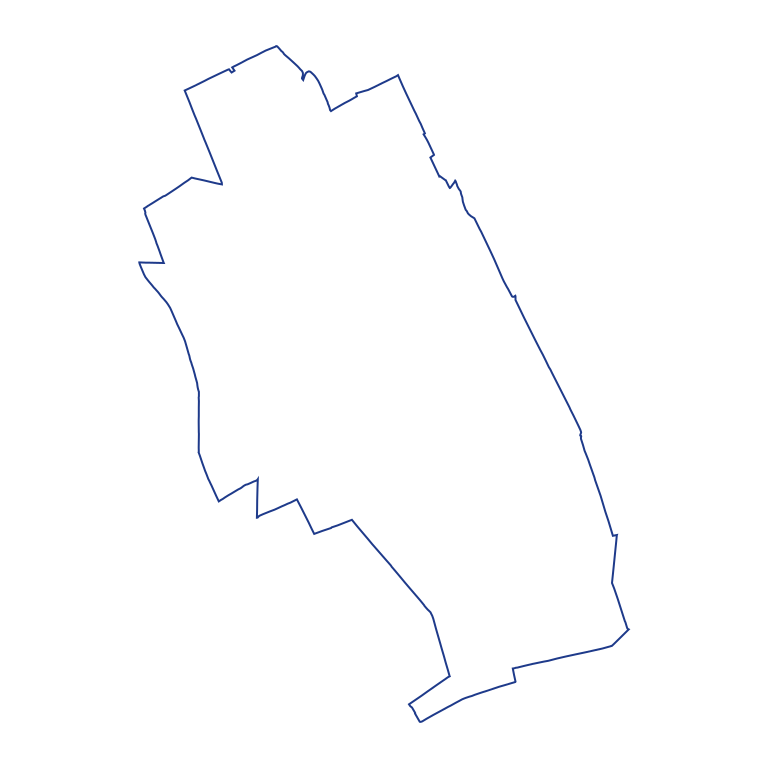 outline of Sabaoani, Neamt, Romania
{"feature_id": "2599482B80747652293453", "entity_name": "Sabaoani", "entity_type": "district", "adm_level": 2, "iso_a3": "ROU", "parent_name": "Romania", "parent_adm1": "Neamt", "projection": "orthographic", "projection_center": [26.881, 47.007], "detail": "fine", "context": "isolated", "style": "outline", "palette": "blue", "viewbox_px": 768, "rotation_deg": 0, "n_neighbors": 0, "source": "geoboundaries", "source_scale": "gbopen_adm2", "svg_char_len": 6010}
<svg xmlns="http://www.w3.org/2000/svg" viewBox="0 0 768 768"><path d="M628.7,629.4L628.3,629.2L627.4,628.5L626.9,627.2L626.3,625.2L625.4,622.2L624.9,621.3L617.8,599.1L614.1,588.3L612.0,583.0L613.6,567.5L616.2,541.8L616.8,535.3L616.9,535.0L612.9,535.8L608.5,521.2L605.4,511.9L600.6,495.8L595.1,480.1L594.6,478.1L594.0,476.2L593.5,474.9L591.5,469.2L589.9,464.7L588.2,459.7L585.7,453.4L584.6,450.8L583.0,445.1L581.0,438.9L580.9,437.9L581.2,436.5L581.1,436.0L580.5,435.8L580.4,435.5L580.2,435.2L580.4,434.6L581.1,432.7L581.1,432.2L580.9,431.5L580.4,430.0L578.2,425.3L573.7,416.0L570.4,409.5L569.5,407.4L568.4,405.2L566.3,401.1L558.8,386.3L552.0,372.9L550.3,369.4L548.9,367.2L545.6,360.3L542.9,354.8L540.1,349.6L539.7,348.8L535.4,340.4L524.2,318.0L517.5,304.1L515.5,300.0L515.5,296.5L515.3,295.8L514.8,296.1L514.3,296.6L513.7,296.8L513.0,296.8L512.5,296.7L512.0,296.4L508.0,288.8L507.0,287.2L503.8,281.3L502.4,278.3L498.3,268.8L494.1,259.1L490.2,250.7L481.1,231.6L479.7,229.1L474.4,218.3L473.6,217.8L471.0,216.2L468.9,214.4L467.9,213.3L466.8,211.1L465.7,209.8L464.1,205.5L462.9,201.8L462.6,199.8L462.3,197.3L461.9,196.2L461.7,195.7L461.2,194.3L460.9,193.2L460.8,192.3L460.7,191.6L460.3,190.9L458.8,188.9L457.3,186.1L457.0,184.9L456.7,184.0L456.2,182.8L455.7,181.3L455.2,180.7L454.1,182.7L452.9,184.2L451.2,186.6L450.1,187.9L449.8,188.0L448.9,186.6L445.8,180.3L445.6,180.3L439.8,176.1L439.3,176.5L437.3,172.2L434.9,167.1L430.4,157.5L434.0,154.9L433.9,154.5L433.1,152.8L428.4,142.7L426.9,139.8L425.5,137.4L423.6,134.3L424.9,133.4L422.4,127.8L420.8,124.0L419.1,120.8L415.8,113.6L414.5,111.1L406.2,93.6L402.8,86.2L399.4,78.4L398.0,75.1L396.4,76.2L394.1,77.3L391.0,78.8L386.6,81.0L382.2,83.1L374.6,86.9L368.0,90.0L364.3,91.0L356.2,93.4L356.9,96.3L354.2,97.8L351.7,99.3L349.2,100.7L344.5,103.1L334.9,108.6L332.2,110.3L331.0,111.1L330.1,110.1L329.8,108.8L329.5,107.6L328.7,105.4L327.9,103.7L327.6,102.1L327.4,101.7L326.6,99.9L324.4,94.8L323.6,93.6L322.3,89.8L321.4,87.7L319.5,83.5L318.2,80.9L316.7,78.6L314.9,76.1L313.5,74.6L312.1,73.3L310.8,72.1L310.2,71.7L309.1,71.4L308.6,71.4L306.7,72.4L305.8,73.3L304.7,75.6L303.2,80.0L302.0,78.5L302.1,77.6L302.9,75.3L302.9,72.9L302.1,71.1L300.1,69.1L299.0,67.8L297.5,66.2L294.5,63.4L288.9,58.3L285.7,55.6L284.8,54.8L284.0,54.0L283.1,52.6L282.3,51.7L281.5,51.2L279.9,49.3L278.2,47.4L277.1,46.3L276.4,46.1L276.2,46.1L276.1,46.4L275.4,46.7L273.1,47.6L265.6,50.6L263.5,51.7L261.5,52.7L257.0,55.1L251.5,57.6L249.5,58.5L247.1,59.6L240.6,63.1L236.7,65.1L233.6,66.6L232.2,67.4L234.5,70.7L231.6,72.5L230.7,71.5L229.0,69.3L227.6,69.8L219.7,73.5L208.4,78.9L204.0,81.2L194.5,85.9L189.0,88.5L184.7,90.5L189.4,102.0L192.4,109.8L194.7,115.6L196.0,118.6L200.5,129.8L203.4,137.1L204.4,139.7L205.6,142.5L209.8,152.8L216.9,170.6L219.3,176.5L221.8,182.7L221.9,184.4L218.1,183.7L216.7,183.4L214.5,182.9L204.0,180.4L199.4,179.4L195.2,178.5L191.6,177.6L188.1,180.3L184.3,182.8L179.7,186.1L175.9,188.7L167.0,194.6L165.3,195.7L163.2,196.4L155.5,201.2L153.3,202.6L147.6,206.1L146.7,206.8L144.0,208.5L144.9,210.6L145.4,212.6L145.2,213.6L145.5,214.8L146.2,216.5L147.0,218.5L148.6,222.5L153.0,233.4L155.2,239.1L156.1,241.8L156.5,243.3L157.5,245.7L158.6,248.7L159.7,251.7L160.3,253.5L161.6,257.1L163.5,262.3L163.8,263.0L150.2,262.7L146.7,262.7L139.3,262.4L139.3,262.6L139.7,264.0L140.8,266.8L144.0,274.4L144.7,275.7L145.4,277.1L147.8,280.2L149.5,282.3L151.9,285.1L153.8,287.5L155.0,288.7L156.4,290.3L157.7,291.7L159.0,293.3L160.4,295.2L161.0,296.0L162.0,297.2L163.6,298.9L166.4,302.2L167.9,304.3L168.9,305.9L170.1,307.8L171.6,311.1L173.8,316.2L176.3,322.0L177.1,324.0L179.0,327.9L180.6,331.3L182.2,334.7L183.7,337.8L185.1,341.4L185.7,343.5L186.2,345.2L187.2,348.7L188.7,354.0L189.2,355.3L189.4,356.1L189.9,358.5L190.1,359.3L190.5,360.6L191.3,362.7L191.8,364.5L193.2,368.6L193.6,370.1L194.9,374.8L195.3,376.6L196.3,380.1L197.1,383.0L197.4,385.6L197.7,387.5L198.1,389.3L198.7,391.3L198.9,391.7L198.9,392.6L198.9,394.1L198.9,396.2L198.8,396.9L198.7,397.4L198.9,401.3L198.8,407.8L198.8,416.2L198.7,420.4L198.7,422.2L198.8,432.1L198.9,433.9L198.7,447.5L198.8,452.1L198.6,452.3L199.9,455.8L202.3,463.0L204.1,468.0L205.0,470.6L206.6,474.5L208.3,479.0L209.3,480.9L210.6,483.7L211.5,485.5L213.9,490.8L216.2,495.9L218.8,501.4L219.6,500.9L220.7,500.1L222.7,499.0L225.0,497.4L228.5,495.2L231.3,493.6L235.1,491.3L238.1,489.5L240.3,488.4L241.4,487.7L243.7,485.9L244.9,485.2L245.9,484.7L247.6,484.3L250.6,483.0L252.5,482.1L253.8,481.5L255.9,480.8L257.4,479.8L257.8,479.2L257.5,487.8L257.2,500.3L257.1,509.7L256.9,517.7L257.6,517.6L259.2,515.9L263.0,514.2L269.7,511.5L274.5,509.7L277.6,508.3L281.9,506.3L284.5,505.2L287.7,503.7L290.3,502.7L296.9,499.4L301.0,507.3L308.7,522.6L311.7,528.9L313.8,533.1L314.2,533.9L322.4,530.9L330.2,528.3L331.1,528.0L331.6,527.4L337.6,525.4L351.9,519.8L357.1,526.2L361.5,531.4L368.7,539.9L372.0,543.9L386.4,560.4L390.2,564.7L390.9,565.5L391.7,566.8L393.0,568.3L396.9,572.9L405.3,583.0L409.9,588.4L420.3,600.5L424.2,605.3L424.4,605.8L426.1,607.8L427.8,609.7L428.6,610.4L430.5,612.3L431.4,614.2L432.2,615.7L433.3,618.8L434.5,623.2L435.9,628.4L436.9,631.9L440.1,643.0L441.6,648.3L444.1,656.8L445.6,662.3L448.0,670.4L449.6,676.1L449.7,676.3L448.1,677.1L436.3,685.3L427.6,691.4L421.6,695.7L413.1,701.5L409.0,704.3L409.6,705.2L410.3,706.2L412.0,707.5L414.8,712.3L415.2,713.1L415.0,713.5L419.7,721.7L420.1,721.9L420.7,721.9L422.2,721.4L426.5,718.8L433.2,715.0L440.6,711.0L448.1,706.9L450.7,705.6L455.7,702.8L459.1,701.0L462.2,699.3L463.9,698.6L465.7,697.9L469.6,696.6L471.8,696.0L474.8,694.8L480.7,692.8L483.8,691.8L484.9,691.5L499.3,686.7L504.9,685.1L515.3,682.0L515.5,681.6L514.0,674.7L512.8,668.5L514.1,668.3L514.9,668.1L515.6,667.8L516.5,667.7L517.9,667.5L518.5,667.3L524.6,665.8L528.4,664.9L531.5,664.2L532.6,663.9L534.2,663.6L540.0,662.4L542.9,661.8L544.4,661.5L546.1,661.2L548.3,660.8L557.1,658.5L565.8,656.5L576.0,654.3L585.5,652.3L602.5,648.5L608.6,646.8L610.5,646.3L611.0,646.0L611.4,645.9L611.7,646.0L612.5,645.3L614.4,643.5L628.7,629.4Z" fill="none" stroke="#1e3a8a" stroke-width="2"/></svg>